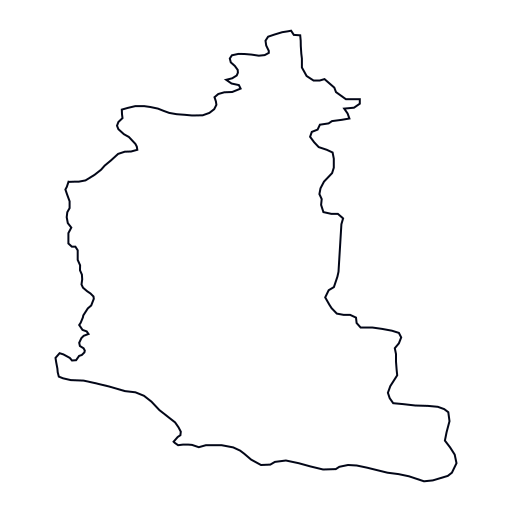 the district of Dobrush, Gomel, Belarus
{"feature_id": "67162791B17030122378697", "entity_name": "Dobrush", "entity_type": "district", "adm_level": 2, "iso_a3": "BLR", "parent_name": "Belarus", "parent_adm1": "Gomel", "projection": "robinson", "projection_center": [31.465, 52.377], "detail": "fine", "context": "isolated", "style": "outline", "palette": "ink", "viewbox_px": 512, "rotation_deg": 0, "n_neighbors": 0, "source": "geoboundaries", "source_scale": "gbopen_adm2", "svg_char_len": 3146}
<svg xmlns="http://www.w3.org/2000/svg" viewBox="0 0 512 512"><path d="M68.5,181.8L66.8,186.9L65.4,189.5L67.0,194.2L69.6,201.3L69.6,208.1L67.3,212.2L66.7,217.2L67.8,223.1L71.3,227.6L68.4,233.1L68.4,239.0L68.4,243.5L71.9,246.7L75.4,246.7L77.7,250.3L77.7,254.4L77.7,259.9L80.1,265.3L80.0,270.3L81.9,274.6L82.2,279.3L81.5,284.5L83.0,287.7L87.1,291.2L90.5,293.5L93.5,296.5L93.8,298.8L91.2,305.5L87.8,308.4L83.3,315.4L82.9,317.4L80.7,322.7L79.2,325.0L82.5,329.9L86.7,331.4L88.5,334.0L83.7,335.8L81.4,338.1L79.2,342.8L79.9,346.0L83.6,348.3L84.8,350.6L84.4,352.4L81.8,355.0L79.1,355.9L76.1,360.2L72.0,360.5L69.8,357.9L63.4,354.4L59.6,353.2L55.5,357.9L56.2,362.3L57.4,368.7L57.7,372.2L58.8,376.6L63.0,378.3L70.8,380.1L83.6,380.6L94.5,383.0L109.1,386.5L124.9,391.1L135.4,392.3L144.0,395.8L151.5,401.7L159.4,410.1L168.7,417.4L175.1,422.4L178.5,427.3L180.8,431.7L180.4,435.2L177.7,437.0L173.6,441.7L174.7,442.8L178.1,445.2L183.0,444.6L188.3,444.6L192.0,444.9L198.8,447.2L205.9,445.2L212.9,445.2L221.6,445.2L233.2,447.4L240.1,450.6L244.2,453.7L251.1,459.6L261.0,465.0L270.3,464.6L274.9,461.9L285.9,460.5L298.7,463.2L310.3,466.4L323.1,469.5L335.8,469.1L339.3,466.8L348.0,465.0L356.7,465.5L367.2,467.7L376.5,470.0L387.5,472.7L398.5,474.1L409.0,476.3L424.0,481.3L432.8,480.4L447.8,475.9L451.9,472.7L456.5,463.2L454.7,454.6L450.1,447.4L444.9,440.6L446.6,432.1L449.5,421.2L448.3,412.2L444.2,409.1L437.8,406.8L428.0,405.9L415.2,405.5L403.0,404.1L393.2,403.2L389.7,398.2L387.9,392.8L390.3,386.1L397.2,375.3L396.6,369.4L396.0,361.7L396.0,354.1L394.8,348.2L398.9,343.3L401.2,337.4L398.9,332.9L391.9,330.7L382.1,328.9L372.2,327.5L365.8,327.5L360.6,327.5L356.6,323.0L356.0,317.6L350.2,314.9L343.8,314.9L336.8,313.6L331.6,308.2L329.3,304.6L325.2,297.4L328.7,290.2L333.9,287.1L337.4,276.7L338.5,271.8L341.4,224.2L343.1,218.4L337.9,213.9L331.5,213.9L323.4,212.1L321.1,204.9L321.7,199.1L319.4,194.1L320.5,188.3L324.0,181.6L332.1,173.1L333.8,167.7L333.8,158.7L332.6,152.5L326.8,149.8L318.7,147.1L314.1,142.2L310.1,136.8L311.8,131.9L317.6,129.6L319.9,124.7L328.6,123.4L332.0,121.1L341.9,119.8L349.4,118.5L347.6,113.5L344.2,108.6L354.0,107.7L359.8,103.7L359.8,99.2L354.0,99.2L345.9,99.2L336.0,92.1L334.3,87.6L329.1,83.1L324.5,79.1L319.8,80.5L313.5,80.5L306.6,76.0L301.9,67.5L301.9,58.6L301.3,53.7L300.8,46.1L300.7,40.7L300.2,35.3L293.8,34.9L291.1,30.7L288.0,31.3L282.2,32.2L274.3,34.6L268.1,36.7L265.5,40.7L266.2,45.5L268.8,50.9L268.8,52.9L264.7,55.1L258.8,55.7L251.6,54.6L244.4,54.0L238.4,53.9L231.9,55.3L229.8,58.5L230.8,62.4L234.8,65.9L237.7,69.9L237.9,72.7L236.7,75.5L232.2,78.3L226.2,79.8L231.5,83.5L238.9,85.1L240.6,88.6L232.2,92.0L224.3,92.3L218.3,94.0L214.5,97.2L215.9,101.4L216.4,104.8L214.2,109.2L209.4,112.9L202.7,115.3L192.2,115.5L184.8,114.8L176.6,114.2L169.2,112.9L163.7,110.9L157.9,108.6L150.3,107.0L144.0,106.1L135.4,106.1L127.8,107.9L121.8,109.6L122.0,114.2L122.5,118.1L118.4,122.0L117.0,125.7L118.4,129.2L123.9,134.2L128.9,137.0L135.4,143.9L136.8,146.6L137.3,149.8L131.1,151.5L124.8,151.7L118.1,153.9L111.2,160.2L104.7,165.6L101.1,169.7L94.6,174.8L85.5,180.4L78.6,181.7L74.0,181.7L68.7,181.9L68.5,181.8Z" fill="none" stroke="#020617" stroke-width="2"/></svg>